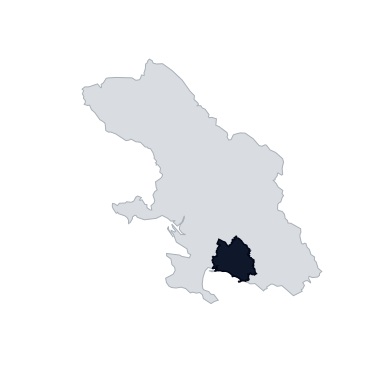 Zaporizhzhya highlighted on a map of Ukraine, rotated 42°
{"feature_id": "UKR-331", "entity_name": "Zaporizhzhya", "entity_type": "Region", "adm_level": 1, "iso_a3": "UKR", "parent_name": "Ukraine", "parent_adm1": "", "projection": "equal_earth", "projection_center": [35.703, 47.193], "detail": "fine", "context": "in_parent", "style": "filled", "palette": "ink", "viewbox_px": 384, "rotation_deg": 42, "n_neighbors": 0, "source": "natural_earth", "source_scale": "10m", "svg_char_len": 8814}
<svg xmlns="http://www.w3.org/2000/svg" viewBox="0 0 384 384"><g transform="rotate(42 192 192)"><path d="M257.3,248.1L261.3,253.7L264.7,256.6L266.4,256.8L271.2,254.8L274.2,255.4L276.9,253.6L283.9,254.9L281.8,258.5L280.8,262.2L271.8,263.6L268.5,261.4L265.0,261.5L263.0,264.2L259.5,266.0L258.3,268.1L252.0,268.0L247.7,269.9L244.4,274.0L240.8,276.6L238.0,277.4L233.6,276.4L230.1,273.7L233.0,265.7L232.0,261.5L229.3,259.5L225.7,259.4L221.2,255.9L215.9,256.4L214.2,254.7L225.1,247.1L227.5,246.7L234.1,242.7L233.0,239.4L230.1,240.2L226.3,237.6L213.9,239.7L206.5,235.8L203.0,235.3L202.1,234.4L205.8,233.5L206.1,232.0L201.1,231.1L198.4,229.3L212.1,231.1L215.8,228.0L212.0,229.1L208.2,228.4L206.8,227.4L205.2,224.3L205.2,220.0L203.5,216.1L202.2,214.9L204.7,221.2L203.9,227.2L198.1,226.9L198.7,224.4L195.9,227.7L191.4,227.8L185.5,229.4L183.0,235.6L175.2,244.5L168.4,247.4L166.0,246.9L165.0,247.6L164.5,250.4L165.6,251.7L166.5,256.0L166.0,257.9L163.7,255.4L161.0,254.4L157.9,254.7L152.1,257.2L150.2,256.8L150.3,258.1L149.8,258.5L144.5,257.2L142.3,256.0L140.6,253.7L142.3,252.6L145.6,252.2L145.6,248.9L149.8,244.8L150.0,242.9L153.7,240.4L154.8,237.6L153.7,233.5L154.2,231.4L158.1,230.0L158.3,233.2L159.2,232.9L160.1,231.2L165.3,232.7L166.9,231.6L169.1,233.8L173.2,233.2L174.1,232.2L170.7,229.7L171.1,225.6L170.1,223.3L165.0,220.4L164.1,216.8L164.7,213.7L162.1,212.4L158.1,208.9L159.6,202.7L159.4,200.4L158.3,198.6L154.9,198.9L152.6,195.3L148.5,194.6L147.3,195.9L146.7,194.7L145.3,194.8L145.5,193.3L144.6,192.7L141.2,192.3L140.4,191.0L136.8,188.9L132.4,187.6L129.9,188.9L128.8,188.6L126.9,189.9L120.5,189.5L116.5,192.3L111.2,193.5L110.6,195.4L108.6,198.0L96.7,199.8L91.6,201.7L89.9,203.4L86.8,204.0L81.8,199.4L80.3,199.0L75.1,199.9L66.6,198.0L62.2,198.1L57.9,196.0L56.3,197.7L53.2,199.0L53.0,197.2L51.7,195.5L48.6,195.0L47.7,193.4L44.9,192.4L43.6,189.1L41.5,189.1L42.0,185.6L44.8,183.1L49.5,174.9L54.5,175.6L54.7,174.7L52.5,172.8L53.1,170.1L52.2,165.0L53.2,163.5L59.2,157.4L71.1,147.3L75.5,146.6L77.6,144.1L77.8,142.3L76.2,138.8L78.4,137.5L78.3,137.0L76.6,135.6L74.9,131.7L71.9,127.9L72.3,126.1L71.3,123.6L71.5,121.7L74.5,121.1L77.0,122.2L80.0,120.6L84.2,116.4L95.8,115.1L109.7,115.4L123.3,118.4L129.3,118.8L131.7,121.9L136.7,121.9L138.1,122.5L138.1,124.4L140.8,122.0L143.3,122.7L146.2,121.7L152.9,123.1L153.6,124.9L154.9,125.3L157.0,123.1L161.2,121.3L165.0,126.4L168.4,125.3L178.3,124.4L180.7,126.0L181.1,127.6L184.5,128.8L186.0,126.9L184.5,122.0L185.4,120.1L188.3,115.8L192.1,112.7L201.8,111.5L210.7,112.6L213.3,111.3L214.7,108.1L215.9,107.4L221.9,108.5L227.5,106.7L237.0,106.6L240.0,108.5L243.1,114.1L247.6,118.2L247.3,119.5L243.1,120.3L243.0,121.0L244.4,122.8L244.8,126.8L245.6,127.3L244.5,129.0L249.1,129.4L252.7,130.7L258.5,130.1L260.0,133.0L262.5,133.4L262.6,135.4L264.6,140.0L263.8,142.4L264.1,143.9L267.1,147.5L268.4,148.0L272.0,146.1L275.7,146.7L278.9,149.3L282.1,149.3L284.1,150.8L286.4,149.1L297.3,146.6L299.9,149.1L300.3,150.7L302.0,152.9L307.7,156.9L309.4,156.5L309.9,154.7L311.2,154.1L314.4,156.0L317.7,156.2L322.2,158.9L326.4,158.3L328.6,160.7L331.3,161.0L336.6,164.3L341.6,164.2L341.3,167.2L342.5,168.6L342.3,171.1L338.7,175.1L335.4,176.3L336.5,178.2L340.5,179.6L340.8,180.2L337.2,180.5L335.8,182.0L334.9,185.2L338.1,186.2L339.1,190.1L338.4,191.4L340.3,192.1L336.8,201.2L321.4,201.4L318.4,205.1L313.9,206.3L312.5,207.4L311.1,212.6L312.5,213.5L311.2,215.7L311.4,217.6L300.1,217.9L296.7,221.4L291.7,222.3L287.5,225.8L285.6,224.7L283.4,224.8L278.7,227.0L274.4,226.9L271.0,227.8L263.8,233.1L260.4,237.8L257.2,239.2L261.7,235.4L261.9,233.4L260.9,231.8L258.0,235.6L254.4,237.3L254.5,241.8L257.3,248.1ZM208.4,238.1L198.4,235.8L197.5,233.3L199.7,235.5L208.4,238.1Z" fill="#d9dde1" stroke="#a8b0b8" stroke-width="1"/><path d="M272.3,227.2L270.1,228.3L269.6,228.7L268.2,230.1L267.7,230.5L265.7,231.4L265.3,231.7L265.1,231.9L264.5,232.6L264.3,232.8L263.7,233.2L263.4,233.4L261.7,235.9L261.9,235.1L262.5,234.5L262.8,234.1L262.8,233.6L262.3,234.1L261.9,234.1L261.5,233.8L261.4,233.3L261.5,232.7L261.8,231.9L261.7,231.8L261.2,231.7L260.6,231.3L260.4,231.0L260.2,230.6L260.2,230.2L259.8,230.7L259.9,231.1L260.2,231.5L260.4,231.8L260.5,232.1L260.5,232.3L260.5,232.8L260.4,233.0L259.8,233.6L258.7,235.0L258.1,234.9L258.0,234.3L257.9,233.9L257.9,233.6L258.0,233.3L258.0,233.0L257.6,231.5L257.5,231.3L257.4,231.2L256.9,231.2L256.7,231.1L256.4,231.0L256.3,230.9L256.1,230.8L255.7,230.5L254.8,230.6L254.5,230.5L254.5,230.2L254.7,229.9L254.7,229.7L253.8,229.5L253.2,229.6L252.9,229.5L252.8,229.2L252.4,228.6L252.3,228.3L252.3,228.1L252.6,227.7L252.6,227.4L252.4,227.0L252.3,226.8L251.9,226.8L251.6,226.7L251.3,226.5L251.2,226.4L251.0,226.5L250.8,226.4L250.7,226.4L250.7,226.0L250.7,225.9L250.9,225.7L251.6,225.6L251.9,225.3L252.2,225.1L252.3,225.0L252.4,224.7L252.6,224.4L252.7,223.8L252.7,223.7L252.8,223.6L253.5,223.4L253.6,223.2L253.5,222.7L253.3,222.5L253.2,222.4L252.8,222.3L252.6,222.2L252.4,221.4L252.3,221.2L251.4,220.9L250.9,220.6L250.5,220.5L250.4,220.5L250.3,220.3L250.2,219.8L250.1,219.6L249.7,219.5L249.6,219.3L249.5,219.2L249.5,218.4L249.2,217.4L249.1,217.2L248.7,217.1L248.6,216.9L248.6,216.5L248.5,216.1L248.6,215.6L248.4,214.9L248.4,214.7L248.5,214.6L248.7,214.2L248.2,213.8L248.2,213.6L248.2,213.3L248.2,213.2L248.4,213.1L248.7,212.9L248.7,212.7L247.4,212.8L247.2,212.8L247.1,213.2L246.9,213.4L246.8,213.5L246.7,213.6L246.1,213.5L245.9,213.5L245.5,213.7L245.3,213.7L245.2,213.6L245.1,213.2L244.9,212.6L244.1,210.2L243.6,209.2L245.6,208.6L247.7,208.2L250.0,207.2L251.1,207.3L252.5,207.8L254.2,208.1L255.3,208.2L255.6,208.1L255.8,207.8L255.9,207.3L255.9,207.2L255.7,206.9L255.3,206.6L255.6,205.9L255.8,204.9L256.0,204.5L256.2,203.5L256.1,203.4L255.3,203.1L255.2,203.1L255.2,202.6L255.2,202.3L255.3,202.1L255.5,201.7L255.4,201.5L255.3,201.4L254.0,200.8L253.9,200.6L253.9,200.4L253.9,200.1L254.0,200.0L254.1,199.9L254.6,199.5L255.4,199.4L255.5,199.3L255.7,199.1L255.7,198.9L255.7,198.7L254.9,198.4L254.6,198.3L254.5,198.1L254.5,197.8L254.5,197.7L254.4,197.7L254.0,197.7L254.0,197.4L254.3,197.1L254.5,196.5L254.5,196.2L254.4,195.6L254.4,195.3L254.6,195.2L254.8,195.2L254.9,195.3L254.9,195.6L255.0,195.9L255.0,196.1L256.2,196.1L256.6,195.9L257.1,195.5L257.6,195.3L257.9,195.3L258.2,195.3L258.5,195.2L259.1,195.1L259.3,195.1L259.7,195.3L259.9,195.3L261.2,195.1L261.7,195.2L262.8,195.6L265.5,196.0L265.8,196.2L266.0,196.1L266.3,196.0L266.5,196.0L266.8,195.6L267.3,195.4L268.0,195.2L268.4,195.1L268.6,195.2L268.8,195.2L269.3,195.7L269.4,195.8L270.3,196.0L270.5,196.1L270.7,196.4L271.0,196.4L271.9,196.1L272.9,195.9L273.3,196.0L273.3,196.7L273.4,196.9L273.4,197.2L273.5,197.3L273.8,197.3L274.5,197.0L274.7,196.9L274.7,197.1L274.6,197.3L274.3,197.6L274.3,197.8L274.7,197.9L274.8,198.0L274.9,198.5L274.9,198.9L275.1,199.0L275.3,199.1L275.9,199.2L275.8,199.5L275.9,199.8L275.6,200.6L275.4,200.7L275.1,200.6L274.9,200.6L274.9,200.8L275.2,201.0L275.5,201.3L276.5,201.4L276.8,201.0L277.0,200.9L277.3,200.8L277.5,201.5L278.2,201.7L278.4,201.8L278.7,201.9L279.3,201.9L279.6,201.5L279.8,201.4L280.0,201.3L280.4,201.6L280.5,201.6L283.6,201.2L283.6,202.1L283.8,202.4L284.1,202.5L284.8,202.4L284.9,202.5L285.0,202.5L285.0,203.0L285.5,204.0L285.8,204.6L286.0,204.8L286.5,204.9L286.6,205.0L286.2,205.1L286.1,205.3L286.1,205.5L286.6,205.7L286.6,205.8L286.5,206.3L286.6,206.5L286.9,206.5L287.4,206.3L287.9,206.6L288.5,207.3L289.0,207.6L289.6,207.1L289.9,207.2L290.6,207.6L291.2,208.2L292.5,209.2L292.9,209.7L293.0,209.7L293.1,209.8L293.1,209.7L293.4,209.5L294.5,209.6L294.2,210.2L294.2,210.4L294.2,210.7L294.0,211.0L293.9,211.2L293.9,211.4L294.0,211.7L294.0,211.8L293.9,211.9L293.6,212.0L293.4,211.7L293.2,211.5L292.8,211.5L292.6,211.6L292.4,212.1L292.1,212.5L292.1,212.9L292.1,213.0L291.9,213.1L291.3,213.3L291.0,213.3L290.7,213.3L290.5,213.2L290.3,213.1L289.9,213.0L289.8,212.9L289.6,212.9L289.5,213.0L289.4,213.2L289.4,213.4L289.8,214.2L289.9,214.9L289.8,215.0L289.7,215.1L288.6,215.2L288.4,215.3L288.5,215.5L289.0,215.9L289.9,216.3L290.2,216.5L290.6,217.0L290.7,217.3L290.9,217.9L291.1,218.1L291.7,218.6L291.8,218.6L292.0,218.3L292.9,219.0L292.7,219.3L292.5,219.6L292.8,220.1L292.8,220.3L292.4,220.6L292.0,220.4L291.9,220.5L291.2,221.0L291.0,221.3L291.6,222.3L291.4,222.3L291.2,222.4L290.7,222.8L289.9,223.1L289.0,223.9L288.4,223.9L288.6,224.4L288.4,224.9L288.0,225.4L287.9,226.0L287.8,226.6L287.4,227.1L287.0,227.5L286.6,227.4L286.6,227.2L287.1,227.4L287.4,226.8L287.6,226.0L287.6,225.6L287.4,225.5L286.8,224.8L286.6,224.7L286.0,224.5L285.8,224.4L285.5,224.5L285.2,224.5L284.7,224.4L284.4,224.4L284.1,224.8L282.9,224.8L282.2,225.2L281.3,225.4L280.8,225.6L280.3,225.9L279.1,227.0L278.8,227.5L278.7,228.2L278.6,227.8L278.2,227.9L278.1,228.1L278.1,227.9L278.1,227.5L277.9,227.4L277.6,227.0L277.5,226.9L277.2,226.8L276.9,226.8L276.3,226.9L275.0,226.8L272.7,227.2L272.3,227.2Z" fill="#0f172a" stroke="#020617" stroke-width="1.5"/></g></svg>